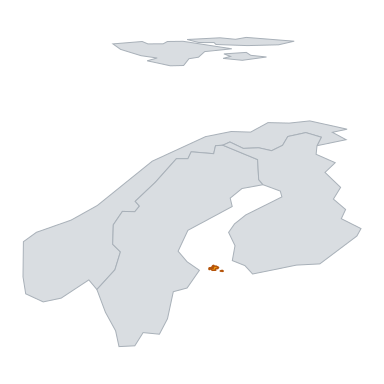 Aland shown with its bordering countries
{"feature_id": "ALA", "entity_name": "Aland", "entity_type": "country or territory", "adm_level": 0, "iso_a3": "ALA", "parent_name": "Europe", "parent_adm1": "", "projection": "equal_earth", "projection_center": [19.994, 60.209], "detail": "fine", "context": "with_neighbors", "style": "filled", "palette": "amber", "viewbox_px": 384, "rotation_deg": 0, "n_neighbors": 3, "source": "natural_earth", "source_scale": "50m", "svg_char_len": 2711}
<svg xmlns="http://www.w3.org/2000/svg" viewBox="0 0 384 384"><path d="M163.2,43.8L167.4,41.5L183.0,41.3L231.8,48.8L204.7,51.6L198.5,57.2L189.0,58.7L183.6,65.5L170.3,65.8L147.1,60.8L157.2,58.0L141.1,55.7L120.6,49.4L112.9,43.9L142.2,41.5L147.9,43.9L163.2,43.8ZM346.1,139.7L317.0,145.7L321.3,137.2L305.8,132.6L287.8,136.5L282.6,145.3L271.6,150.7L258.7,147.8L243.2,148.4L229.9,142.0L222.8,145.2L215.5,145.7L213.7,153.7L191.2,151.8L187.9,158.7L176.4,158.7L155.4,182.2L135.2,201.3L139.4,206.1L134.8,211.7L122.4,211.4L113.3,224.8L112.7,244.3L120.4,251.9L114.9,269.8L96.9,289.5L88.8,279.9L61.2,298.1L43.2,301.9L25.7,293.8L23.0,276.8L23.4,241.7L36.4,232.3L71.1,220.1L97.3,205.5L152.2,161.2L205.6,136.6L231.3,131.5L250.6,132.1L268.0,122.6L289.2,123.1L309.8,120.9L347.1,129.2L332.4,132.3L346.1,139.7ZM294.2,41.2L278.6,44.8L247.6,45.6L216.0,44.5L214.1,42.6L198.7,42.5L187.1,39.5L220.0,37.8L235.5,39.3L246.2,37.4L294.2,41.2ZM266.5,57.0L242.3,60.3L223.1,58.4L230.5,56.4L223.9,53.9L246.3,52.4L250.7,55.3L266.5,57.0Z" fill="#d9dde1" stroke="#a8b0b8" stroke-width="1"/><path d="M96.9,289.5L114.9,269.8L120.4,251.9L112.7,244.3L113.3,224.8L122.4,211.4L134.8,211.7L139.4,206.1L135.2,201.3L155.4,182.2L176.4,158.7L187.9,158.7L191.2,151.8L213.7,153.7L215.5,145.7L222.8,145.2L257.6,159.6L258.7,179.6L263.0,184.7L242.0,188.5L230.2,198.1L232.2,206.5L187.9,230.3L178.1,251.2L187.1,261.8L199.4,270.3L187.1,288.0L173.3,291.7L167.5,318.7L159.4,334.2L143.1,332.6L134.8,345.8L119.0,346.6L115.6,330.8L105.4,312.2L96.9,289.5Z" fill="#d9dde1" stroke="#a8b0b8" stroke-width="1"/><path d="M317.0,145.7L316.1,154.3L335.2,162.7L325.0,172.4L340.6,187.4L333.4,199.1L345.6,209.5L341.3,218.7L361.0,228.6L356.9,236.0L319.8,263.9L296.4,265.1L252.6,274.0L244.9,265.6L232.3,260.6L235.0,245.7L228.6,232.4L234.5,223.9L245.8,214.9L281.9,196.9L280.3,191.1L263.0,184.7L258.7,179.6L257.6,159.6L222.8,145.2L229.9,142.0L243.2,148.4L258.7,147.8L271.6,150.7L282.6,145.3L287.8,136.5L305.8,132.6L321.3,137.2L317.0,145.7Z" fill="#d9dde1" stroke="#a8b0b8" stroke-width="1"/><path d="M215.0,266.2L215.4,266.2L215.6,266.1L216.3,266.2L217.4,266.8L217.6,267.1L218.3,267.2L218.5,267.6L217.7,268.6L217.2,268.6L216.8,268.5L216.1,268.6L215.7,268.8L215.6,269.3L215.6,270.2L212.6,270.3L211.9,270.1L210.9,268.0L211.1,267.5L211.7,267.3L212.3,267.2L212.4,268.3L213.2,268.2L213.4,267.5L213.5,267.0L213.3,266.7L212.7,266.5L212.4,266.2L212.9,265.6L213.7,265.4L214.4,266.1L215.0,266.2ZM210.8,268.7L210.8,269.1L210.3,269.0L210.0,269.1L209.7,269.5L209.1,269.4L208.9,268.8L209.3,267.8L210.3,267.8L210.8,268.7ZM223.1,271.0L223.0,271.3L222.0,271.4L221.5,271.1L220.5,271.1L220.4,271.0L220.8,270.7L221.6,270.5L222.6,270.5L223.1,271.0Z" fill="#f59e0b" stroke="#b45309" stroke-width="1.5"/></svg>